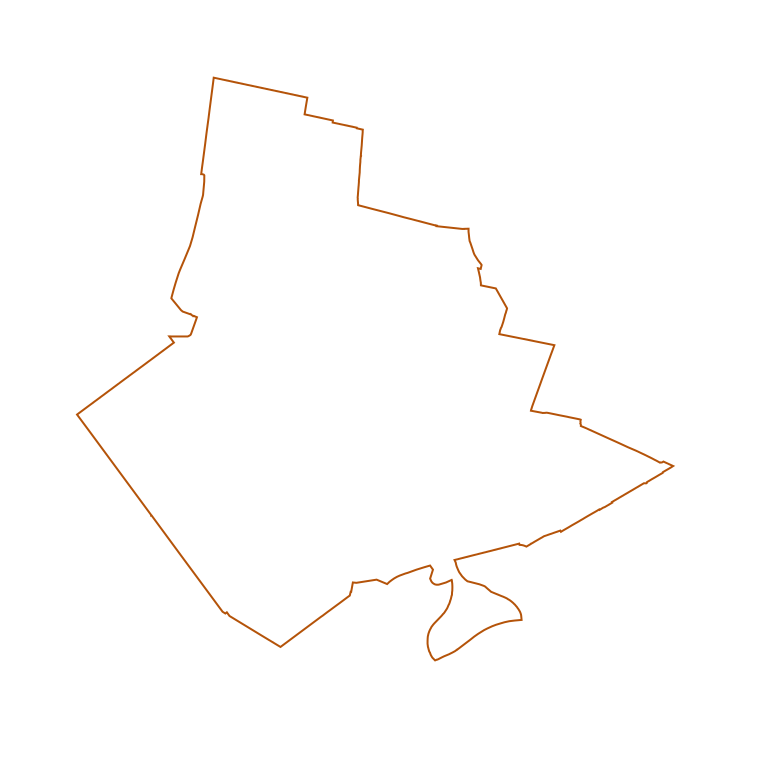 outline of Waddinxveen, Zuid-Holland, Netherlands, rotated 9°
{"feature_id": "6326949B29533481095238", "entity_name": "Waddinxveen", "entity_type": "district", "adm_level": 2, "iso_a3": "NLD", "parent_name": "Netherlands", "parent_adm1": "Zuid-Holland", "projection": "orthographic", "projection_center": [4.655, 52.044], "detail": "fine", "context": "isolated", "style": "outline", "palette": "amber", "viewbox_px": 768, "rotation_deg": 9, "n_neighbors": 0, "source": "geoboundaries", "source_scale": "gbopen_adm2", "svg_char_len": 6043}
<svg xmlns="http://www.w3.org/2000/svg" viewBox="0 0 768 768"><g transform="rotate(9 384 384)"><path d="M170.6,205.3L171.3,205.2L171.9,205.2L172.6,205.3L173.2,205.4L173.8,205.9L173.9,206.1L174.8,212.3L175.7,225.5L175.6,227.1L174.7,234.7L173.9,246.2L172.8,259.1L172.0,269.0L170.8,278.1L167.5,291.9L164.7,303.1L163.9,306.7L162.4,316.4L161.5,323.4L160.6,331.8L160.6,332.7L161.5,333.5L171.6,342.5L172.2,343.0L173.0,343.4L173.7,343.9L174.7,344.1L182.2,345.5L182.3,345.3L183.7,346.2L184.1,346.4L185.0,346.5L185.3,346.5L185.3,346.8L185.8,346.7L186.7,346.8L188.8,347.3L188.3,350.2L185.7,364.1L185.4,365.4L185.0,366.0L183.7,367.1L182.8,367.7L182.0,367.9L164.5,370.6L170.0,376.0L148.6,397.9L127.4,419.5L85.6,462.2L102.2,478.5L174.8,550.1L174.6,550.3L174.6,550.5L175.0,550.5L175.2,550.4L210.3,585.1L260.2,634.2L263.2,635.5L264.5,634.1L267.7,637.3L302.0,651.4L322.9,659.9L357.4,624.6L358.7,623.3L359.6,622.5L361.3,620.7L363.9,618.0L366.0,615.9L372.4,609.4L374.2,607.6L380.9,600.7L383.3,598.3L383.6,594.4L384.1,594.4L384.3,584.9L387.8,584.7L407.3,578.4L418.4,581.1L420.3,578.6L422.5,576.3L424.5,574.4L427.0,572.4L429.6,570.7L434.8,567.8L436.8,566.9L445.1,562.3L452.6,558.6L457.9,556.1L461.4,559.7L460.0,569.0L461.7,571.6L463.0,572.8L464.4,573.5L465.9,574.0L467.6,574.0L469.5,573.6L476.2,570.4L481.5,566.9L481.7,567.2L481.9,568.0L482.2,569.1L482.6,570.3L483.1,572.7L483.4,574.5L483.8,577.6L483.8,579.0L484.1,581.7L484.0,582.2L483.9,582.6L483.7,585.3L483.6,586.3L483.5,586.7L483.3,587.9L483.3,588.1L483.2,588.2L483.2,588.9L482.8,591.0L482.3,592.4L481.7,594.9L481.3,596.1L480.9,597.0L479.5,600.1L478.9,601.2L478.2,602.1L477.6,603.2L476.7,604.6L475.3,606.6L471.1,612.6L470.6,613.4L470.0,614.4L469.4,615.6L469.0,616.2L468.6,617.5L468.3,618.3L467.9,619.4L467.5,620.9L467.3,621.8L467.2,622.4L467.0,623.4L466.9,624.4L466.9,625.3L466.8,626.0L466.8,626.7L466.9,628.2L467.2,630.8L467.5,632.7L467.6,633.5L467.9,634.6L468.3,635.9L468.5,636.7L468.8,637.3L469.1,637.9L469.3,638.5L469.5,638.9L469.8,639.6L470.3,640.6L470.5,641.1L471.4,642.1L472.2,643.6L472.4,644.0L472.7,644.4L473.1,644.9L473.7,645.7L474.2,646.3L474.4,646.5L474.7,646.8L477.7,649.0L479.3,648.0L479.8,647.9L481.3,646.9L481.5,646.7L484.4,644.6L486.0,643.5L488.3,642.1L490.6,640.7L491.8,639.8L493.1,638.9L494.3,638.0L496.0,636.7L497.7,634.9L497.8,635.0L504.6,627.9L509.3,623.0L512.6,619.4L516.0,616.1L521.4,611.4L524.3,609.3L528.8,606.3L532.3,604.3L536.4,602.3L540.2,600.5L544.8,598.7L550.0,597.2L556.8,595.5L555.8,591.6L555.6,590.9L555.3,590.1L554.9,589.3L554.5,588.6L554.1,587.9L553.6,587.3L553.2,586.7L552.7,586.2L552.2,585.6L551.7,585.0L551.1,584.5L550.6,583.9L550.1,583.4L549.5,582.9L548.9,582.4L548.3,581.9L547.8,581.4L546.8,580.8L546.2,580.3L545.6,579.9L544.9,579.5L544.3,579.1L543.6,578.7L543.0,578.4L542.3,578.0L541.6,577.7L540.9,577.4L540.2,577.2L539.5,576.8L538.1,576.3L537.4,576.1L536.3,575.8L534.8,575.4L533.3,575.1L522.3,572.5L520.6,571.4L518.3,570.0L515.5,568.2L514.3,567.8L509.6,566.9L501.0,566.1L497.3,565.8L494.8,564.4L491.2,561.7L487.7,558.1L486.2,555.9L484.3,552.8L483.5,551.1L482.8,549.2L481.2,546.8L527.2,527.1L542.5,520.5L543.0,521.7L545.1,521.5L546.9,521.6L548.5,521.9L550.1,522.3L552.9,520.0L553.4,519.6L554.3,518.8L554.2,518.7L554.3,518.6L554.5,518.6L555.9,517.5L557.4,516.2L559.4,514.6L563.2,511.5L564.5,510.5L564.9,510.1L565.9,509.3L581.1,501.2L581.9,502.3L584.0,500.5L588.7,496.7L591.8,494.1L595.7,491.0L598.8,488.5L599.1,488.2L601.6,486.2L603.1,484.9L605.4,483.0L610.1,479.2L612.5,477.3L614.7,475.5L614.9,475.3L615.4,474.9L615.8,474.6L616.2,474.2L616.6,474.6L619.9,471.8L621.2,471.1L628.0,465.5L627.6,464.9L656.2,441.4L657.4,441.2L657.9,441.2L658.7,441.0L659.0,440.7L659.1,440.4L659.0,439.9L660.1,438.9L661.0,438.2L663.1,436.4L666.1,434.0L668.4,432.1L670.2,430.6L673.2,428.2L673.2,427.5L675.7,425.4L678.1,423.5L680.4,421.6L682.4,419.8L672.1,416.9L671.1,417.8L670.5,418.1L669.2,418.2L668.9,418.5L665.0,417.1L663.1,416.5L660.2,415.5L652.8,413.2L643.2,410.4L634.9,408.3L628.2,406.4L622.1,404.7L614.7,402.7L608.2,400.9L598.4,398.2L589.6,395.8L585.0,394.7L584.9,393.7L584.8,393.4L584.7,393.2L584.4,392.8L584.1,392.4L584.2,392.2L584.3,391.8L584.2,391.3L583.9,390.7L583.9,388.5L582.8,388.3L582.7,388.3L582.3,388.3L580.6,388.2L571.4,387.8L570.2,387.7L561.7,387.4L557.6,387.2L553.1,387.0L550.5,386.9L550.0,386.9L549.5,386.9L548.3,387.1L548.1,387.2L547.2,387.4L546.9,387.5L546.2,387.6L545.7,387.7L545.4,387.8L544.9,387.8L544.5,387.7L543.9,387.7L533.3,387.4L533.3,386.7L533.5,385.6L533.9,382.8L536.8,367.6L538.4,359.3L539.1,355.5L543.0,335.3L544.3,328.6L545.2,324.2L546.2,319.0L490.1,316.7L490.3,312.6L490.6,311.4L490.7,310.4L490.9,310.1L491.0,309.8L491.1,309.6L491.4,308.1L491.8,305.6L492.0,304.5L492.1,303.6L492.5,299.9L492.8,296.5L493.2,294.5L493.3,293.5L493.4,292.4L493.6,291.6L493.7,290.0L479.5,272.1L465.8,271.5L464.3,271.4L463.8,268.8L463.1,266.8L462.8,265.8L462.2,263.7L460.1,258.4L459.6,257.2L458.7,255.0L461.5,255.2L461.8,251.2L461.2,250.5L457.5,247.1L453.2,242.2L452.6,241.3L451.8,239.9L450.7,237.7L450.1,236.5L449.5,235.4L448.3,233.1L447.2,231.0L446.2,229.4L445.3,226.4L444.6,223.7L443.7,220.5L443.2,217.4L439.0,218.2L439.0,218.3L437.2,218.6L429.1,219.0L411.3,219.9L411.4,219.3L410.5,219.2L410.5,219.4L403.4,218.7L384.1,216.8L377.5,216.2L373.1,215.7L362.0,214.5L351.5,213.5L346.1,213.0L336.2,212.0L331.0,211.5L331.0,211.4L330.4,211.3L330.1,209.7L329.8,208.3L329.5,207.3L329.4,206.7L329.1,205.4L329.1,204.8L328.9,204.3L328.8,203.8L328.7,202.0L328.5,199.6L328.0,193.4L327.9,191.6L327.7,189.4L327.6,188.1L327.4,187.1L327.1,182.0L326.9,178.7L326.6,176.5L326.2,172.7L326.0,169.9L325.9,168.3L325.8,167.6L325.7,167.0L325.6,166.0L325.5,163.8L325.4,162.7L325.5,162.5L325.7,162.4L325.7,162.2L325.4,161.9L325.2,159.8L325.1,158.6L324.7,152.2L324.0,144.6L323.6,139.0L323.4,137.6L323.3,136.1L317.1,135.7L317.0,135.1L292.4,133.8L292.3,131.7L263.4,130.1L263.4,121.9L263.5,113.2L167.9,108.1L168.1,114.0L168.8,139.7L169.1,148.7L169.4,162.1L169.5,165.6L169.8,174.5L170.0,181.9L170.3,193.2L170.4,198.3L170.5,201.7L170.6,204.9L170.6,205.3Z" fill="none" stroke="#b45309" stroke-width="2"/></g></svg>